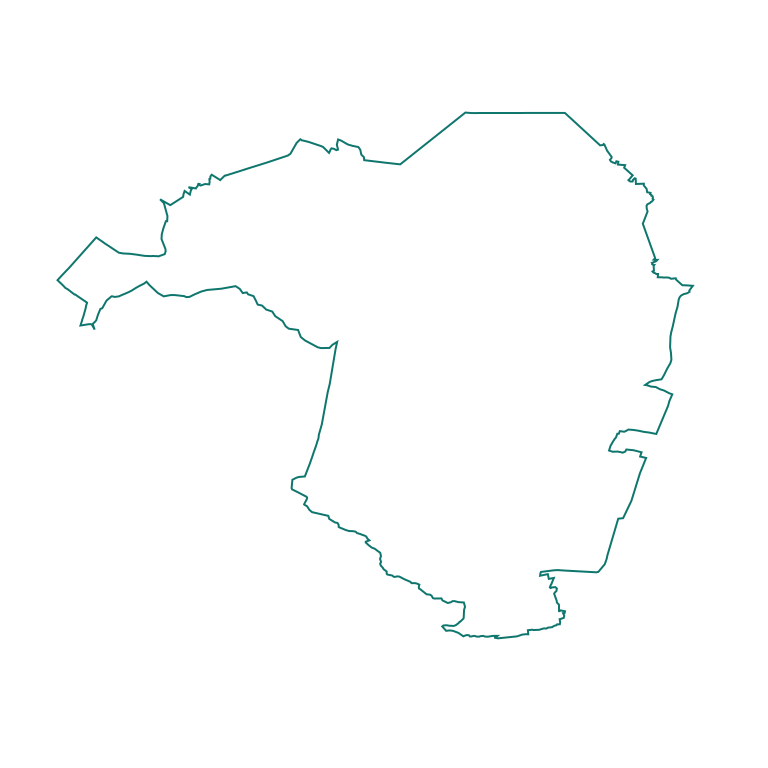 the district of Tlayacapan, Morelos, Mexico, rotated 85°
{"feature_id": "50627088B24291222836000", "entity_name": "Tlayacapan", "entity_type": "district", "adm_level": 2, "iso_a3": "MEX", "parent_name": "Mexico", "parent_adm1": "Morelos", "projection": "robinson", "projection_center": [-98.969, 18.943], "detail": "fine", "context": "isolated", "style": "outline", "palette": "teal", "viewbox_px": 768, "rotation_deg": 85, "n_neighbors": 0, "source": "geoboundaries", "source_scale": "gbopen_adm2", "svg_char_len": 6111}
<svg xmlns="http://www.w3.org/2000/svg" viewBox="0 0 768 768"><g transform="rotate(85 384 384)"><path d="M643.6,307.0L644.3,305.8L644.8,302.6L644.4,297.4L644.8,292.9L645.5,293.9L645.4,295.4L646.0,295.6L646.5,295.5L647.3,292.6L647.0,273.5L645.7,268.2L645.6,264.5L645.9,262.1L641.8,262.1L641.7,257.8L642.1,256.6L642.4,250.8L641.7,247.7L641.4,245.8L641.8,243.7L641.0,241.9L640.9,237.7L639.9,235.9L639.5,234.5L639.4,233.3L638.5,232.5L638.7,229.8L637.0,229.3L633.6,229.5L633.5,228.7L632.6,225.3L630.6,224.6L627.9,225.6L627.9,224.1L626.2,223.5L625.5,226.0L624.9,227.6L625.6,228.9L625.5,229.4L622.0,229.2L619.7,228.9L618.8,229.1L617.5,230.3L616.6,230.8L614.8,230.9L607.8,232.8L606.7,232.1L605.3,230.3L602.8,229.6L601.3,231.0L601.3,234.4L601.8,235.8L601.0,236.5L598.3,235.1L598.1,234.8L592.0,231.7L592.5,236.8L587.7,237.4L588.6,245.2L588.0,245.0L586.4,244.8L584.9,244.0L584.4,231.2L584.5,227.3L585.6,220.2L590.1,188.8L589.8,186.8L582.8,179.8L577.5,177.4L574.2,176.4L538.6,162.4L538.5,157.5L521.9,147.7L495.2,136.8L480.5,129.3L478.6,135.2L474.5,133.4L472.4,139.2L471.6,141.7L470.4,148.3L472.3,149.5L473.2,152.2L472.5,154.2L471.7,157.0L471.4,162.2L469.9,165.6L465.3,163.7L461.3,160.9L458.6,158.8L458.5,158.6L457.5,157.6L453.9,155.9L454.0,154.4L451.5,153.2L452.5,148.8L451.5,146.2L450.7,144.6L451.2,141.2L452.0,137.4L452.9,133.9L454.2,129.8L455.4,124.4L457.5,117.1L430.5,102.9L426.1,101.3L419.4,97.7L418.0,100.8L414.9,105.6L413.2,109.7L410.7,113.5L409.8,118.4L408.5,121.2L407.7,123.9L405.3,119.6L404.4,116.8L403.9,112.7L403.5,107.1L399.7,104.4L393.3,100.5L388.2,96.9L385.0,95.6L378.2,95.4L372.4,95.8L361.7,94.5L357.3,93.3L352.0,91.4L339.1,87.4L332.7,84.9L325.4,83.0L323.2,81.8L321.9,80.5L320.6,77.7L320.0,74.0L318.8,71.6L317.5,71.7L313.1,67.8L312.2,73.3L311.6,78.2L305.5,83.9L304.1,84.2L304.2,88.8L302.9,90.8L302.5,93.2L302.3,96.5L302.0,97.2L301.9,98.9L301.5,102.0L298.3,101.4L298.2,103.0L297.2,104.4L296.5,105.9L295.3,106.7L294.7,105.2L289.7,105.1L289.0,104.4L288.7,105.5L288.0,106.4L287.3,106.1L286.7,106.5L285.4,102.2L284.2,100.9L284.1,102.9L283.7,104.5L282.3,102.9L246.9,112.2L235.1,106.4L232.0,107.0L229.4,106.9L228.0,106.0L226.8,103.2L226.0,102.3L225.4,101.0L223.8,99.5L222.9,100.3L221.5,99.8L220.2,100.2L219.7,101.3L218.8,101.2L218.0,102.4L216.8,101.9L215.9,105.1L212.5,105.4L208.8,107.9L207.1,107.7L206.7,115.6L201.3,115.4L200.9,116.3L202.3,118.1L203.9,118.7L203.8,120.6L203.4,121.6L202.2,122.7L201.6,121.9L197.8,118.1L189.5,125.9L187.0,124.7L185.8,131.8L183.0,131.2L182.4,133.1L184.4,134.1L183.3,136.6L182.0,138.6L180.4,139.4L178.8,137.7L177.7,137.4L171.0,141.4L164.6,143.6L164.1,144.3L165.0,145.0L165.1,147.9L129.7,180.2L121.7,273.2L120.7,279.3L166.6,348.7L163.9,362.2L159.3,384.2L156.2,384.3L153.5,386.6L148.6,387.2L145.7,388.9L144.1,394.4L142.2,399.2L137.8,405.5L136.4,408.4L141.4,410.1L146.5,409.4L146.9,411.2L145.4,413.2L144.7,415.8L145.9,416.9L148.1,418.0L149.0,418.6L142.6,424.0L141.5,426.0L136.4,437.7L134.3,443.7L134.2,444.5L132.9,446.0L136.2,450.0L145.5,456.5L146.5,457.1L147.4,458.9L148.0,459.7L153.1,481.0L156.1,494.6L157.0,498.8L160.0,512.1L162.6,523.8L162.4,524.0L162.8,524.8L166.6,529.4L166.3,529.7L160.5,537.4L162.0,538.8L164.4,539.2L164.6,540.1L167.5,540.1L169.9,540.7L169.2,544.8L170.3,549.4L169.5,550.8L168.6,550.4L168.4,551.5L170.7,552.5L172.2,554.1L172.8,554.4L171.1,560.8L171.4,560.9L173.1,558.6L174.8,559.7L178.4,560.9L174.3,565.8L177.5,567.2L180.1,567.8L187.2,581.3L180.5,591.0L184.6,587.5L197.8,585.1L202.9,585.8L202.8,587.1L209.9,590.3L215.4,592.3L220.2,593.0L230.3,590.0L232.6,589.9L235.5,591.1L237.2,597.6L237.0,598.2L236.3,603.3L236.3,605.2L235.5,611.3L233.4,619.9L232.1,626.0L231.2,632.6L230.1,636.7L220.0,649.4L212.9,657.9L240.7,687.4L247.0,694.6L252.1,700.2L258.0,695.0L260.6,693.0L261.9,691.0L267.9,684.5L267.9,683.9L277.1,672.7L280.7,674.2L281.7,674.3L290.5,677.6L294.0,679.2L294.6,679.3L299.3,681.3L298.7,672.9L298.8,671.1L299.1,670.3L299.5,669.9L300.7,669.2L304.6,667.5L298.8,669.0L296.7,666.3L295.4,665.1L290.3,663.0L284.5,660.0L284.0,658.1L276.8,653.2L272.9,647.8L273.0,647.0L273.8,644.6L273.6,640.5L272.6,637.7L271.5,634.2L270.3,630.6L268.9,627.1L266.7,622.9L264.8,618.7L263.1,614.3L261.4,611.7L265.2,608.9L273.6,601.4L277.5,595.8L276.8,588.8L277.2,584.5L279.1,575.2L280.2,573.5L280.3,570.3L278.4,565.4L276.4,559.4L275.9,557.8L274.9,552.0L274.9,537.8L273.6,523.3L276.7,519.4L281.1,516.8L280.8,512.7L282.8,511.6L285.1,506.3L290.0,504.3L293.9,502.9L295.2,498.7L299.6,494.8L302.1,489.0L307.0,486.4L312.5,479.5L318.0,476.9L320.6,474.0L322.7,464.9L330.0,462.8L333.8,458.8L341.6,446.9L342.7,443.8L343.0,439.9L343.3,435.1L340.5,432.0L338.0,427.0L345.0,429.2L379.4,438.1L387.3,440.8L418.9,449.5L428.8,453.3L432.7,454.1L435.2,455.3L439.7,457.1L445.5,459.8L450.6,462.0L457.0,464.9L469.2,470.9L469.2,476.9L469.7,479.3L471.4,483.6L479.6,485.1L481.0,484.7L484.6,478.8L489.6,471.0L490.2,470.6L490.9,470.5L492.1,471.0L496.9,474.1L497.3,473.8L499.2,471.2L502.9,469.3L505.4,466.8L510.5,451.0L513.6,450.3L517.7,444.8L518.3,442.5L520.2,441.5L522.5,441.6L523.2,440.5L526.1,434.9L527.4,431.7L528.0,427.2L528.7,425.1L530.2,423.8L531.5,420.4L532.6,418.5L532.9,417.4L533.9,415.6L535.1,414.6L536.5,414.1L538.5,412.2L539.5,415.9L540.4,416.0L543.4,413.2L546.0,410.3L547.4,407.4L549.6,405.1L551.8,402.5L555.2,402.0L557.9,403.2L561.0,402.4L562.7,403.5L564.7,403.0L566.8,401.3L568.4,400.6L571.0,397.7L573.1,397.9L574.1,397.3L575.5,392.5L576.9,391.1L577.1,390.2L576.8,387.5L577.2,385.5L580.4,380.5L583.4,374.9L584.8,373.9L585.1,370.3L585.9,368.1L587.0,366.3L589.1,367.0L590.7,367.0L591.5,365.9L597.2,359.9L597.9,356.5L599.0,355.1L601.6,353.9L602.1,352.5L602.6,345.5L604.7,344.6L607.7,339.6L607.3,336.6L606.3,334.6L606.5,332.5L607.8,328.8L608.6,323.5L613.0,322.7L615.9,323.9L623.8,325.0L624.5,325.2L626.5,327.6L627.8,329.4L627.7,329.6L628.0,329.8L628.7,330.6L630.4,333.3L631.1,335.5L630.4,340.6L630.0,341.7L629.7,343.5L629.8,346.0L630.6,347.1L635.3,343.6L635.2,340.6L635.4,339.0L636.0,336.6L638.4,331.6L642.3,326.9L641.8,325.6L641.3,323.4L641.7,321.3L643.0,320.4L643.1,318.6L642.8,316.9L642.9,315.4L643.6,314.2L644.0,311.1L643.6,310.0L643.6,307.0Z" fill="none" stroke="#0f766e" stroke-width="2"/></g></svg>